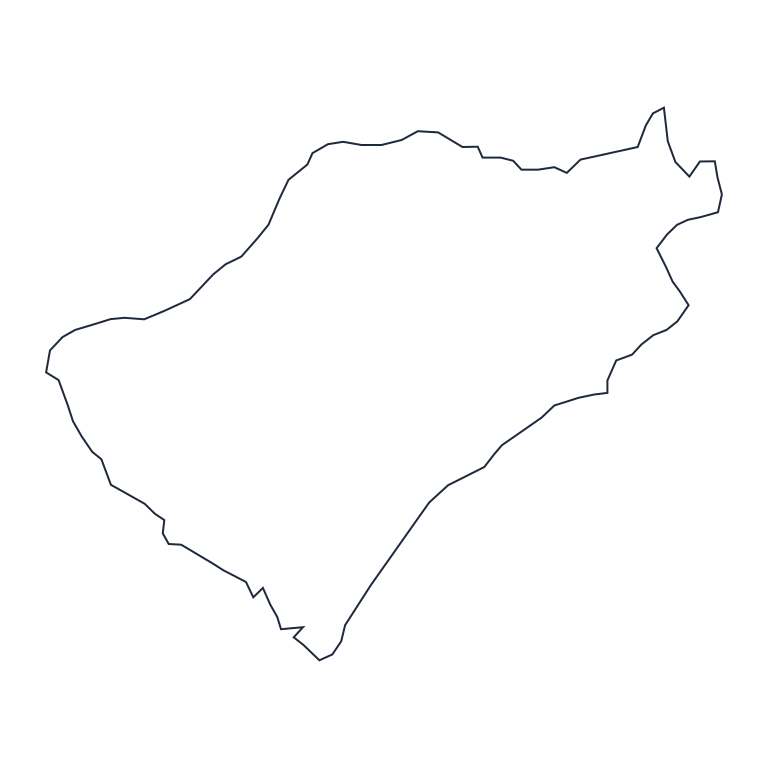 Orobó, Pernambuco, Brazil
{"feature_id": "56859067B28170275518336", "entity_name": "Orobó", "entity_type": "district", "adm_level": 2, "iso_a3": "BRA", "parent_name": "Brazil", "parent_adm1": "Pernambuco", "projection": "albers", "projection_center": [-35.592, -7.713], "detail": "fine", "context": "isolated", "style": "outline", "palette": "slate", "viewbox_px": 768, "rotation_deg": 0, "n_neighbors": 0, "source": "geoboundaries", "source_scale": "gbopen_adm2", "svg_char_len": 1377}
<svg xmlns="http://www.w3.org/2000/svg" viewBox="0 0 768 768"><path d="M288.5,179.8L279.2,199.3L268.5,224.7L257.2,238.6L241.3,256.6L225.7,264.2L213.2,274.4L189.9,299.1L164.3,310.9L144.2,319.3L124.6,317.8L110.7,319.1L94.0,324.3L75.2,329.9L62.5,337.1L50.0,350.4L46.1,372.4L58.6,380.1L67.6,404.8L73.0,421.3L81.8,436.6L92.1,451.7L101.4,459.3L110.9,484.8L144.7,503.8L154.7,513.6L164.3,520.1L162.8,533.4L168.7,544.0L181.2,544.7L213.2,563.8L223.2,570.2L246.0,582.0L253.3,597.3L262.9,587.9L270.2,604.5L277.3,617.1L281.0,629.2L303.0,627.2L293.7,637.3L303.5,645.0L319.4,660.3L332.4,654.4L341.2,641.3L345.1,625.2L370.8,585.2L419.9,515.6L429.2,502.5L448.1,485.2L484.3,467.0L494.3,454.1L501.9,445.2L541.6,417.6L554.3,405.5L578.5,397.8L593.7,394.6L607.4,392.9L607.4,380.5L616.2,360.5L632.1,354.6L641.4,344.5L653.4,335.1L666.6,329.9L677.4,321.3L688.6,305.2L679.8,291.4L672.7,281.8L666.1,267.2L656.6,248.2L667.1,234.4L677.1,224.8L687.9,219.8L700.6,217.1L718.0,212.2L721.9,194.4L717.5,177.4L714.8,161.3L699.9,161.5L689.4,176.6L675.4,162.0L667.8,141.3L663.9,107.7L652.9,113.4L645.8,125.5L637.7,147.0L580.5,159.6L566.8,172.9L554.3,167.2L537.9,169.7L521.5,169.7L513.2,160.8L500.7,157.6L482.6,157.6L477.7,146.7L462.5,147.0L438.1,132.4L417.8,131.2L401.6,140.0L381.5,145.0L361.5,145.0L343.1,141.8L327.9,144.2L312.5,153.1L307.4,164.5L288.5,179.8Z" fill="none" stroke="#1e293b" stroke-width="2"/></svg>